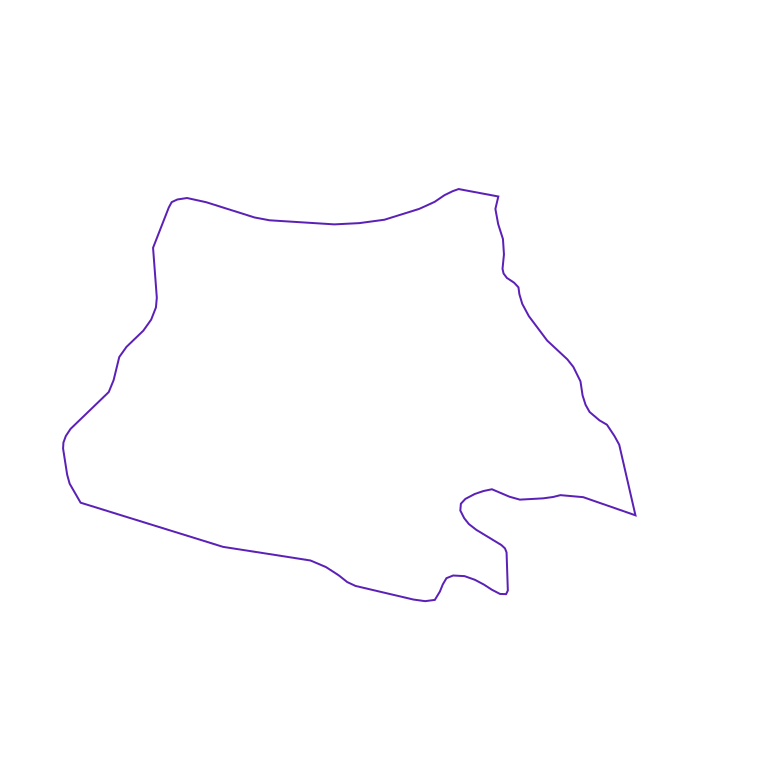 the border of Ntchisi, rotated 110°
{"feature_id": "MWI-1913", "entity_name": "Ntchisi", "entity_type": "District", "adm_level": 1, "iso_a3": "MWI", "parent_name": "Malawi", "parent_adm1": "", "projection": "equal_earth", "projection_center": [33.898, -13.273], "detail": "fine", "context": "isolated", "style": "outline", "palette": "violet", "viewbox_px": 768, "rotation_deg": 110, "n_neighbors": 0, "source": "natural_earth", "source_scale": "10m", "svg_char_len": 1306}
<svg xmlns="http://www.w3.org/2000/svg" viewBox="0 0 768 768"><g transform="rotate(110 384 384)"><path d="M421.4,102.8L422.2,158.1L428.1,180.2L432.3,186.4L437.0,195.3L446.2,216.8L447.0,227.6L446.0,246.6L450.6,254.0L456.2,261.0L464.1,268.2L470.2,270.8L476.8,269.0L482.7,262.7L486.6,256.3L489.5,247.3L495.2,218.6L497.1,214.1L500.4,211.2L535.7,197.0L539.7,197.4L541.6,203.2L540.4,212.4L538.3,221.6L536.9,231.6L537.0,242.6L540.3,253.5L545.1,258.9L552.2,260.2L560.0,260.5L569.5,262.4L574.0,271.1L576.5,282.8L583.5,341.7L582.7,350.8L579.3,361.0L575.9,375.8L575.0,392.7L592.1,479.6L599.3,628.5L585.2,645.3L577.6,650.7L554.4,663.5L548.7,665.2L541.7,665.2L533.4,663.2L485.7,639.9L472.8,639.4L449.2,642.0L437.2,638.7L416.2,628.4L403.1,624.8L390.1,624.5L380.6,627.0L335.0,647.6L291.7,646.6L285.7,645.7L281.3,641.3L276.6,632.7L274.0,613.3L271.8,562.7L269.3,547.5L251.0,485.3L241.3,462.3L229.5,439.8L207.3,410.7L195.5,398.7L185.8,391.7L179.4,385.5L175.3,380.6L168.7,340.7L181.4,339.2L194.7,331.4L207.1,321.8L221.2,315.6L235.3,312.0L239.3,309.4L242.3,304.8L244.3,296.4L247.2,290.7L253.3,287.5L261.4,281.5L270.7,271.1L287.4,245.5L298.1,220.2L303.2,211.9L314.3,200.3L326.8,193.5L334.7,187.4L340.0,181.2L344.5,169.0L346.0,160.6L354.1,149.6L360.6,142.2L421.4,102.8Z" fill="none" stroke="#5b21b6" stroke-width="2"/></g></svg>